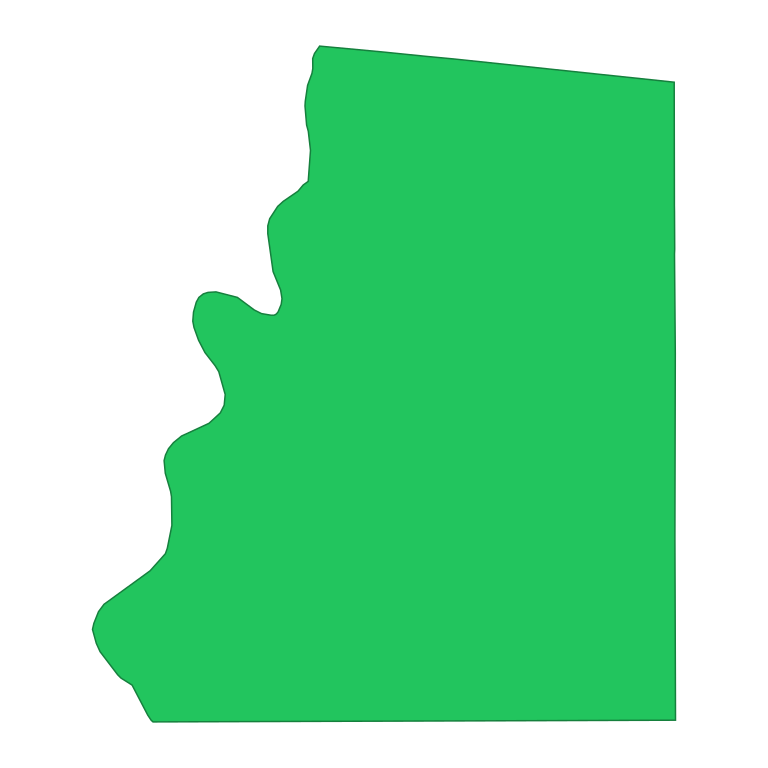 Marshall, West Virginia, United States of America
{"feature_id": "52423323B69040166298082", "entity_name": "Marshall", "entity_type": "district", "adm_level": 2, "iso_a3": "USA", "parent_name": "United States of America", "parent_adm1": "West Virginia", "projection": "albers", "projection_center": [-80.751, 39.877], "detail": "fine", "context": "isolated", "style": "filled", "palette": "green", "viewbox_px": 768, "rotation_deg": 0, "n_neighbors": 0, "source": "geoboundaries", "source_scale": "gbopen_adm2", "svg_char_len": 1161}
<svg xmlns="http://www.w3.org/2000/svg" viewBox="0 0 768 768"><path d="M173.5,442.6L168.5,448.7L165.5,455.0L164.1,460.6L165.3,473.3L170.6,491.3L171.5,496.7L171.9,525.4L167.3,548.3L165.4,553.7L150.1,570.8L104.0,604.3L98.5,611.7L93.9,623.3L92.5,629.4L96.3,643.3L100.1,651.7L117.7,674.8L121.0,678.1L132.1,685.1L147.8,715.2L151.2,720.3L153.0,721.9L675.5,720.2L675.1,592.9L674.9,536.9L675.3,353.5L674.5,254.0L674.7,249.2L674.5,211.5L674.4,205.5L674.4,199.5L674.4,199.0L674.4,196.9L674.2,82.2L454.2,59.0L425.6,56.3L384.0,52.1L319.6,46.1L319.5,46.3L314.5,53.5L312.7,58.5L312.8,68.5L312.0,73.3L307.6,85.3L305.3,101.1L305.0,106.0L306.6,125.0L308.3,131.3L310.5,150.4L308.2,181.4L303.2,185.0L298.0,191.2L283.3,201.3L277.7,206.4L269.7,218.7L267.8,225.8L267.8,233.7L273.1,271.6L280.6,290.0L282.0,298.7L281.2,304.4L278.1,311.9L276.4,314.0L274.2,315.2L271.0,315.2L261.5,313.6L254.3,310.0L237.4,297.4L216.0,291.9L208.0,292.4L203.3,293.9L198.9,297.4L196.3,302.1L193.5,312.1L192.8,321.2L194.0,327.5L198.6,340.3L205.0,352.6L215.2,365.8L218.8,371.7L225.2,394.5L224.2,405.2L220.3,412.9L209.0,423.3L181.6,436.0L173.5,442.6Z" fill="#22c55e" stroke="#15803d" stroke-width="1.5"/></svg>